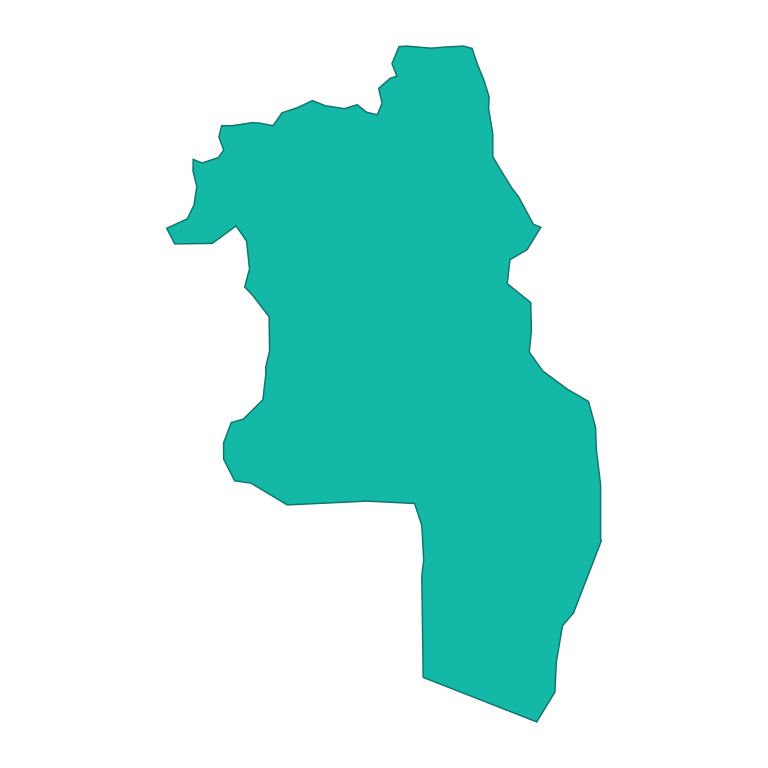 the district of Kellaki, Limassol, Cyprus
{"feature_id": "46923920B49003106187901", "entity_name": "Kellaki", "entity_type": "district", "adm_level": 2, "iso_a3": "CYP", "parent_name": "Cyprus", "parent_adm1": "Limassol", "projection": "robinson", "projection_center": [33.159, 34.81], "detail": "fine", "context": "isolated", "style": "filled", "palette": "teal", "viewbox_px": 768, "rotation_deg": 0, "n_neighbors": 0, "source": "geoboundaries", "source_scale": "gbopen_adm2", "svg_char_len": 1223}
<svg xmlns="http://www.w3.org/2000/svg" viewBox="0 0 768 768"><path d="M193.2,159.4L193.0,171.0L196.8,186.6L194.0,205.1L187.3,218.8L166.7,228.3L174.8,243.9L212.2,243.4L236.1,225.9L246.6,241.1L249.5,269.0L244.7,287.0L252.8,295.5L269.1,316.8L269.6,350.9L265.8,367.1L265.8,374.6L262.9,399.7L243.3,419.2L231.3,422.5L223.6,442.9L223.6,459.0L234.6,480.8L250.9,483.1L287.3,504.9L367.2,501.1L414.6,503.5L421.8,525.3L423.7,559.9L421.8,576.0L423.2,677.4L441.3,684.5L536.7,721.9L554.9,692.1L556.3,662.2L562.5,625.7L573.5,612.9L601.3,540.9L600.6,539.1L600.6,512.3L600.6,484.8L596.3,449.5L595.6,427.6L588.5,401.5L567.8,389.5L542.8,371.1L529.3,352.1L531.4,330.9L530.7,302.6L507.2,283.6L510.0,259.6L527.1,249.7L540.8,227.3L533.4,224.3L518.6,196.9L511.7,187.8L502.0,172.2L492.8,156.7L492.8,133.9L488.6,108.7L489.1,96.9L484.0,80.4L477.1,63.5L472.1,48.4L463.3,46.1L444.0,47.1L431.1,48.2L406.5,46.1L399.0,46.6L392.0,63.6L396.9,76.3L390.3,78.2L378.7,88.4L382.1,103.3L377.3,114.8L366.3,112.1L357.1,104.7L344.4,108.7L325.2,105.7L312.5,100.6L297.4,107.7L282.0,112.8L273.1,125.7L258.7,123.0L252.2,122.7L232.0,125.7L221.7,125.7L218.9,136.9L223.7,150.1L218.3,157.6L202.1,163.0L193.2,159.4Z" fill="#14b8a6" stroke="#0f766e" stroke-width="1.5"/></svg>